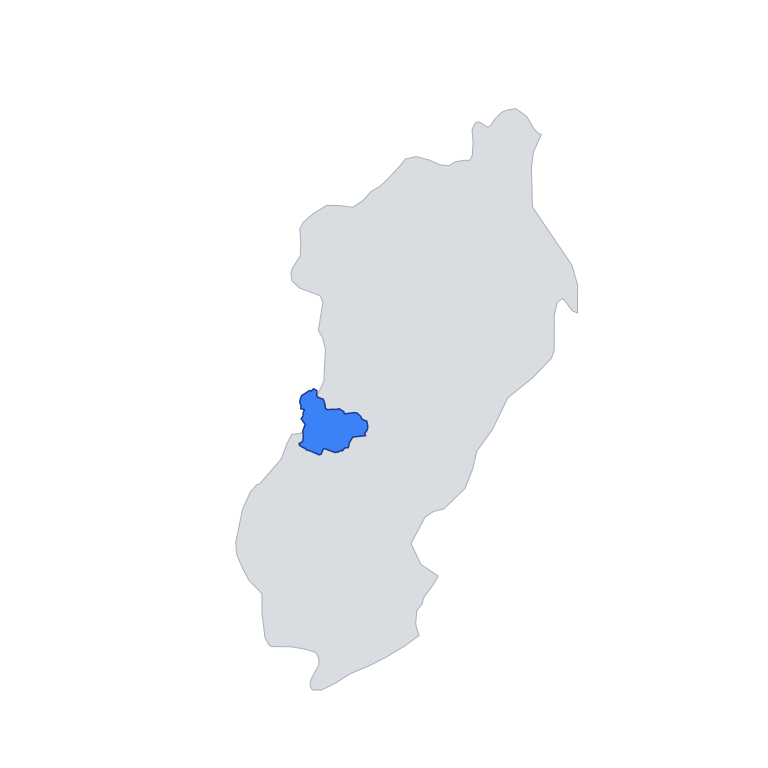 Bulqizë, Dibër, Albania (highlighted), rotated 207°
{"feature_id": "67620474B60153855067708", "entity_name": "Bulqizë", "entity_type": "district", "adm_level": 2, "iso_a3": "ALB", "parent_name": "Albania", "parent_adm1": "Dibër", "projection": "robinson", "projection_center": [20.355, 41.469], "detail": "fine", "context": "in_parent", "style": "filled", "palette": "blue", "viewbox_px": 768, "rotation_deg": 207, "n_neighbors": 0, "source": "geoboundaries", "source_scale": "gbopen_adm2", "svg_char_len": 2362}
<svg xmlns="http://www.w3.org/2000/svg" viewBox="0 0 768 768"><g transform="rotate(207 384 384)"><path d="M248.5,237.4L249.1,227.3L251.7,211.2L250.3,205.9L251.8,196.7L246.8,184.5L238.6,175.7L246.6,160.0L258.4,141.2L269.3,126.2L282.5,110.6L291.3,95.7L300.8,82.8L308.9,78.9L312.9,81.6L315.0,87.2L314.5,103.9L317.2,109.6L322.8,113.8L334.6,111.8L347.7,107.6L365.4,98.8L368.4,99.4L374.9,104.0L388.5,124.1L397.6,141.8L415.4,147.9L425.3,154.8L438.1,165.3L444.3,175.9L453.1,208.1L454.1,227.6L451.6,236.5L449.4,238.8L441.5,270.5L443.4,286.7L443.3,297.4L436.6,301.6L432.1,308.3L439.4,334.7L438.5,346.0L438.8,358.9L452.0,388.4L459.8,397.5L466.7,401.8L475.6,429.0L480.9,433.7L502.5,431.1L513.0,434.1L517.2,440.6L518.2,445.0L516.8,460.2L522.2,471.9L529.4,483.9L529.4,491.3L524.6,503.3L516.0,517.4L504.6,522.7L492.0,527.3L485.9,538.2L482.9,549.8L477.3,558.4L473.8,567.9L468.4,587.1L467.2,594.1L458.6,601.2L445.3,604.1L433.5,604.7L425.4,607.9L421.3,614.5L413.7,619.9L409.2,622.2L409.2,628.1L414.7,640.5L421.0,650.5L421.1,658.5L418.0,660.8L408.3,659.8L406.3,662.7L405.2,671.7L402.6,679.4L398.6,684.0L391.6,689.1L378.9,687.5L366.9,679.8L360.7,677.4L357.1,677.7L356.2,658.9L351.1,644.2L332.2,609.2L270.7,575.3L256.3,560.0L250.0,547.2L243.8,535.1L249.8,534.8L255.8,537.9L263.5,541.5L266.7,535.5L263.4,522.3L247.7,491.4L246.5,482.9L254.4,457.0L267.4,428.0L266.7,392.8L270.8,366.3L266.5,349.0L264.4,327.9L274.0,299.8L282.0,292.9L287.0,284.0L287.5,254.1L269.4,240.1L248.5,237.4Z" fill="#d9dde1" stroke="#a8b0b8" stroke-width="1"/><path d="M378.1,335.6L378.8,338.0L380.2,340.3L382.5,343.1L387.3,342.5L390.2,344.6L395.1,345.9L397.8,344.8L403.6,340.8L405.8,339.5L407.4,341.2L412.9,341.6L414.3,340.1L417.6,338.4L420.6,336.9L422.5,335.4L425.3,335.8L426.7,338.2L428.6,340.5L431.3,342.9L435.1,342.3L437.9,342.3L439.3,344.2L440.7,347.6L444.6,347.8L445.5,344.8L447.4,344.4L449.3,341.0L452.0,336.5L451.8,333.0L450.9,329.6L448.1,327.0L447.0,324.2L443.2,324.9L443.0,321.7L441.6,318.7L442.0,315.4L435.8,312.2L435.1,305.6L431.6,299.7L430.6,296.7L430.7,294.9L432.6,292.7L431.8,291.1L428.3,290.7L424.6,290.7L423.3,290.1L419.4,290.9L409.7,291.4L408.1,293.0L408.6,298.1L407.6,299.4L401.2,300.2L396.4,300.8L394.1,302.5L391.8,305.6L390.8,305.4L389.9,309.2L386.9,311.1L387.5,313.5L388.2,315.7L387.8,322.5L377.1,329.6L378.7,331.3L378.1,335.6Z" fill="#3b82f6" stroke="#1e3a8a" stroke-width="1.5"/></g></svg>